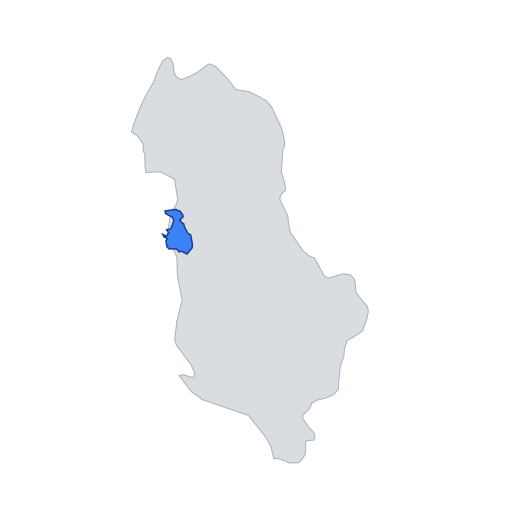 location of Durrës, Durrës, Albania, rotated 350°
{"feature_id": "67620474B45959085094100", "entity_name": "Durrës", "entity_type": "district", "adm_level": 2, "iso_a3": "ALB", "parent_name": "Albania", "parent_adm1": "Durrës", "projection": "robinson", "projection_center": [19.515, 41.413], "detail": "fine", "context": "in_parent", "style": "filled", "palette": "blue", "viewbox_px": 512, "rotation_deg": 350, "n_neighbors": 0, "source": "geoboundaries", "source_scale": "gbopen_adm2", "svg_char_len": 2013}
<svg xmlns="http://www.w3.org/2000/svg" viewBox="0 0 512 512"><g transform="rotate(350 256 256)"><path d="M162.1,154.7L162.4,147.7L164.2,136.6L163.2,132.9L164.3,126.5L160.8,118.1L155.0,112.0L160.6,101.2L168.7,88.1L176.2,77.8L185.2,67.0L191.3,56.7L197.8,47.8L203.4,45.0L206.2,46.9L207.7,50.8L207.3,62.3L209.2,66.3L213.1,69.2L221.3,67.8L230.3,64.9L242.5,58.8L244.6,59.2L249.1,62.4L258.6,76.3L264.9,88.5L277.2,92.8L284.1,97.6L293.0,104.8L297.3,112.1L303.4,134.4L304.2,147.9L302.5,154.0L301.0,155.6L295.6,177.6L296.9,188.8L296.9,196.1L292.3,199.0L289.2,203.6L294.3,221.9L293.7,229.7L294.0,238.6L303.1,259.0L308.5,265.3L313.4,268.3L319.6,287.1L323.2,290.4L338.2,288.6L345.5,290.7L348.4,295.1L349.1,298.1L348.1,308.6L351.9,316.7L357.0,325.1L357.0,330.2L353.7,338.5L347.8,348.2L339.9,351.9L331.1,355.1L327.0,362.6L324.9,370.6L321.1,376.6L318.7,383.1L315.0,396.4L314.2,401.3L308.3,406.1L299.1,408.1L290.9,408.6L285.3,410.8L282.5,415.4L277.3,419.1L274.2,420.7L274.2,424.8L278.0,433.3L282.4,440.2L282.5,445.8L280.4,447.3L273.7,446.6L272.2,448.7L271.5,454.9L269.7,460.2L267.0,463.4L262.2,467.0L253.4,465.8L245.1,460.5L240.8,458.8L238.3,459.0L237.6,446.0L234.0,435.9L220.9,411.7L178.3,388.2L168.3,377.7L164.0,368.8L159.6,360.5L163.8,360.2L167.9,362.4L173.3,364.9L175.4,360.7L173.1,351.6L162.2,330.2L161.4,324.3L166.7,306.5L175.7,286.4L175.1,262.1L177.9,243.7L174.8,231.8L173.3,217.2L179.8,197.8L185.4,193.0L188.8,186.9L189.0,166.2L176.5,156.5L162.1,154.7Z" fill="#d9dde1" stroke="#a8b0b8" stroke-width="1"/><path d="M185.2,196.2L174.3,195.8L174.3,198.5L180.7,203.6L181.2,206.9L179.0,210.9L176.5,214.7L172.5,214.5L174.0,217.9L171.3,221.0L167.9,218.5L168.8,221.5L170.5,222.1L171.4,223.7L169.9,225.5L169.9,231.5L171.6,233.9L178.4,235.1L180.2,236.8L180.8,238.5L183.6,238.5L188.3,242.1L194.6,236.8L195.4,233.4L195.4,224.0L192.8,221.7L190.7,215.5L190.4,211.7L189.5,211.2L187.0,207.5L189.7,205.8L191.0,204.7L191.0,202.6L190.2,201.3L189.1,198.7L186.4,197.4L185.2,196.2Z" fill="#3b82f6" stroke="#1e3a8a" stroke-width="1.5"/></g></svg>